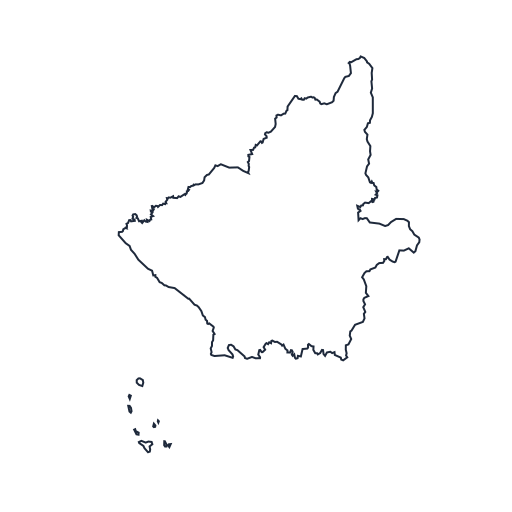 the district of Sinjai, Sulawesi Selatan, Indonesia, rotated 155°
{"feature_id": "22746128B62270956264702", "entity_name": "Sinjai", "entity_type": "district", "adm_level": 2, "iso_a3": "IDN", "parent_name": "Indonesia", "parent_adm1": "Sulawesi Selatan", "projection": "natural_earth1", "projection_center": [120.178, -5.197], "detail": "fine", "context": "isolated", "style": "outline", "palette": "slate", "viewbox_px": 512, "rotation_deg": 155, "n_neighbors": 0, "source": "geoboundaries", "source_scale": "gbopen_adm2", "svg_char_len": 6146}
<svg xmlns="http://www.w3.org/2000/svg" viewBox="0 0 512 512"><g transform="rotate(155 256 256)"><path d="M90.4,391.7L89.9,390.8L90.3,388.6L92.7,381.6L95.8,379.9L99.3,380.6L100.8,379.9L112.7,370.4L115.0,370.0L118.2,367.2L120.1,363.9L122.1,363.2L127.7,363.6L129.6,365.5L132.6,366.0L133.3,367.1L133.1,369.0L134.8,372.2L136.1,372.6L136.0,374.5L136.7,375.5L137.8,375.7L138.8,377.1L142.2,377.8L143.9,377.4L145.2,378.4L146.6,377.4L148.2,378.2L148.3,379.7L149.5,379.4L151.1,380.6L151.4,383.6L153.1,384.6L164.2,378.1L165.9,374.9L166.9,374.8L169.3,372.7L170.8,373.3L173.9,372.9L176.4,374.8L178.1,374.7L178.8,372.8L180.6,372.4L182.4,367.3L184.2,364.9L190.0,362.4L192.8,362.5L193.9,363.6L195.7,363.4L196.5,362.4L195.8,360.1L196.3,358.7L199.6,358.9L202.0,356.1L202.8,356.0L202.9,357.6L203.5,358.1L208.4,355.8L209.3,356.8L210.8,354.8L212.0,355.0L213.8,353.4L216.2,354.4L216.4,350.0L220.2,350.9L220.8,349.5L220.1,348.5L222.2,345.0L223.7,344.6L223.6,342.5L224.6,340.8L224.6,339.5L226.7,336.2L227.8,335.6L227.8,334.2L231.6,338.5L235.0,344.0L242.9,347.4L249.1,354.0L252.8,353.7L254.5,355.3L256.6,353.5L264.3,349.8L266.2,350.2L269.3,349.1L271.1,346.4L273.7,344.8L277.8,345.2L280.6,346.5L281.9,346.3L282.4,347.0L283.3,346.3L285.1,346.8L286.7,346.3L288.0,347.1L289.6,345.2L288.8,344.3L290.0,343.6L291.3,343.9L291.9,342.5L292.8,341.8L293.6,342.2L294.3,341.3L294.9,342.2L299.6,341.5L300.9,342.8L303.0,341.8L306.4,343.7L305.9,345.2L308.8,345.0L310.5,346.0L311.4,345.5L312.3,346.1L312.6,344.5L315.0,343.3L315.0,341.8L315.7,342.2L316.4,341.4L318.0,342.7L319.6,341.8L321.4,342.8L324.1,341.9L324.2,342.9L325.5,343.8L327.9,343.2L328.8,345.2L329.3,345.3L330.1,342.1L329.1,341.4L330.8,340.2L332.2,341.6L332.5,340.7L331.6,339.1L333.6,338.1L332.4,335.7L334.9,335.9L335.5,333.4L336.7,333.6L337.8,332.7L339.5,334.9L340.0,332.8L341.4,333.8L342.1,335.6L345.2,334.0L345.5,334.9L344.6,335.2L344.5,336.2L347.3,336.9L347.2,340.1L348.2,341.1L347.1,342.1L347.0,343.3L347.7,345.0L349.7,345.6L350.8,344.8L350.8,343.4L352.2,342.0L350.7,340.3L351.0,339.1L354.6,340.2L354.8,341.7L355.8,342.1L358.0,340.0L359.8,339.9L360.0,338.2L360.8,336.7L361.6,336.8L361.6,335.8L362.6,336.6L365.0,336.3L366.0,334.9L367.2,334.5L370.2,335.6L371.7,332.8L368.7,322.7L366.3,318.5L366.7,314.5L365.1,309.3L364.2,302.4L359.3,290.1L356.4,286.6L357.3,281.8L355.3,281.2L356.0,279.7L354.9,278.0L354.4,273.0L352.8,271.4L351.4,268.1L350.1,267.4L348.3,264.8L343.3,261.3L335.4,245.8L334.6,245.6L332.3,237.8L330.5,236.1L329.6,233.9L328.8,229.1L329.3,224.6L328.1,222.2L328.6,219.6L327.8,217.9L328.7,215.4L328.1,214.6L326.9,214.7L324.4,209.9L324.5,209.0L327.0,206.4L326.5,202.8L327.9,202.7L330.5,197.7L332.3,196.5L333.9,193.1L336.1,191.4L336.9,187.6L338.3,186.3L338.3,185.2L335.9,182.9L326.4,179.3L320.2,173.6L319.2,174.6L318.9,176.7L320.6,182.2L320.5,184.6L318.2,186.7L316.1,186.1L314.5,183.6L314.2,180.0L312.6,178.5L308.8,169.8L309.1,168.2L307.5,166.6L302.3,166.2L299.6,163.5L295.6,161.7L295.1,162.5L295.6,165.7L292.8,169.3L291.9,169.1L291.5,166.5L290.7,166.1L287.3,167.2L287.6,170.2L284.3,172.4L283.3,172.6L282.3,171.0L280.5,172.2L279.2,170.6L278.0,172.5L277.0,172.5L275.2,170.1L273.1,169.3L270.4,165.1L270.2,163.7L268.5,164.1L268.6,159.5L267.4,157.1L268.3,155.3L265.9,154.1L264.1,155.9L263.3,155.3L263.3,153.5L265.2,151.5L264.9,150.0L262.9,150.7L263.7,147.3L263.3,146.1L261.5,145.8L260.2,147.8L257.8,146.0L253.1,152.0L248.6,150.4L247.5,151.0L246.4,153.6L245.3,153.9L243.8,150.8L242.1,149.7L243.7,146.7L243.4,142.9L241.7,142.0L241.6,140.7L238.9,140.9L235.9,143.0L235.0,142.4L236.2,138.6L235.6,136.3L232.5,138.6L229.1,137.8L228.0,135.8L225.5,135.7L226.4,133.0L222.1,128.1L222.5,126.1L221.1,124.6L216.1,125.6L216.4,127.8L215.0,129.5L214.2,133.2L212.3,137.1L209.6,136.8L204.8,140.5L204.7,144.2L202.4,147.8L201.0,148.0L195.3,151.8L187.0,151.1L184.0,153.6L182.7,158.0L180.6,159.1L180.4,164.3L177.6,166.1L177.7,169.8L177.0,171.3L175.5,172.3L171.1,172.2L172.0,176.2L168.8,182.0L168.2,189.2L168.8,191.9L164.9,194.7L162.4,195.5L159.6,194.3L158.0,195.5L152.7,195.1L150.3,196.9L147.3,197.5L143.8,196.1L141.8,197.3L141.2,199.0L139.6,198.2L137.6,199.7L137.0,199.6L136.5,196.3L134.6,193.3L133.0,191.8L131.9,191.9L123.7,200.5L119.7,198.4L114.3,198.4L111.6,192.4L109.5,193.0L105.6,197.6L102.2,199.5L100.8,201.8L100.7,203.9L103.5,208.5L103.8,212.4L105.0,215.1L104.8,218.5L103.1,222.0L103.9,224.0L106.5,227.0L113.3,230.4L119.3,229.7L123.2,228.2L126.3,228.6L130.5,233.2L138.7,238.3L139.6,243.4L141.3,244.3L143.7,244.4L145.4,246.1L147.9,245.1L145.1,252.2L142.2,252.7L142.3,254.5L143.4,255.0L143.6,256.1L143.0,258.7L140.8,256.3L139.3,257.3L137.7,256.7L136.9,257.7L134.6,258.3L131.5,256.3L128.5,257.1L127.6,255.6L126.6,255.5L125.8,256.5L127.1,257.9L126.7,258.7L124.7,257.2L123.6,258.3L121.6,257.9L120.3,259.7L121.6,261.0L119.8,261.7L119.9,263.8L118.5,263.0L117.6,263.4L118.5,265.4L117.8,267.7L119.0,270.0L118.6,272.5L119.6,273.0L119.6,274.6L120.9,273.7L121.6,274.6L121.0,279.8L122.0,283.0L121.9,284.7L117.5,290.3L114.5,291.9L113.5,296.1L109.4,299.2L108.4,302.7L105.9,307.3L106.6,312.6L106.2,315.1L103.7,318.9L104.8,322.5L104.5,324.5L101.0,326.1L98.5,329.0L96.5,328.6L95.3,330.8L92.2,333.1L89.8,336.0L83.1,350.4L82.9,355.5L80.0,358.7L77.6,365.5L76.2,366.9L73.8,373.0L71.1,377.1L72.2,382.4L73.5,384.5L73.2,385.4L74.2,389.7L76.8,392.6L78.3,391.5L80.1,391.3L81.8,391.9L87.8,391.4L89.0,392.3L90.4,391.7ZM438.3,128.9L436.8,123.8L434.9,123.6L433.7,125.3L432.9,128.4L429.5,129.2L429.2,131.6L431.9,133.3L434.8,133.5L438.0,136.9L440.8,136.9L440.9,135.8L438.3,131.5L438.3,128.9ZM414.3,194.7L416.6,193.9L417.6,191.6L416.5,188.6L414.0,186.2L411.7,188.8L411.0,191.4L412.9,194.2L414.3,194.7ZM435.1,174.2L436.4,168.5L435.7,166.9L434.4,167.9L433.5,171.2L433.9,173.6L435.1,174.2ZM439.8,150.1L439.7,144.9L438.0,143.7L437.0,145.5L439.0,148.1L438.7,150.1L439.8,150.1ZM417.7,121.2L416.8,122.7L416.9,126.6L417.4,126.9L419.2,123.3L418.9,121.7L417.7,121.2ZM419.4,147.2L421.2,145.0L420.9,144.1L419.6,143.8L418.8,144.9L419.4,147.2ZM414.6,122.2L415.7,121.5L415.3,119.4L412.8,121.6L414.6,122.2ZM429.5,183.6L430.7,182.6L430.8,179.8L428.5,182.3L429.5,183.6ZM414.3,148.4L414.9,147.6L414.9,146.3L413.9,147.3L414.3,148.4Z" fill="none" stroke="#1e293b" stroke-width="2"/></g></svg>